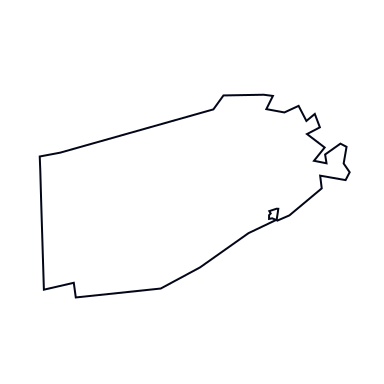 Boyle, Kentucky, United States of America (Robinson projection), rotated 353°
{"feature_id": "52423323B49829499016472", "entity_name": "Boyle", "entity_type": "district", "adm_level": 2, "iso_a3": "USA", "parent_name": "United States of America", "parent_adm1": "Kentucky", "projection": "robinson", "projection_center": [-84.779, 37.625], "detail": "fine", "context": "isolated", "style": "outline", "palette": "ink", "viewbox_px": 384, "rotation_deg": 353, "n_neighbors": 0, "source": "geoboundaries", "source_scale": "gbopen_adm2", "svg_char_len": 698}
<svg xmlns="http://www.w3.org/2000/svg" viewBox="0 0 384 384"><g transform="rotate(353 192 192)"><path d="M40.9,185.5L33.1,270.9L63.6,267.7L63.8,282.5L149.2,284.0L190.8,267.8L243.1,239.7L272.1,230.0L268.4,227.9L265.2,228.1L265.7,224.4L267.5,222.9L266.4,220.4L273.9,218.9L275.6,219.2L274.8,222.3L272.6,230.0L273.2,230.8L285.8,227.1L321.2,204.2L321.2,191.4L345.9,198.9L350.9,191.6L346.0,182.2L350.9,166.0L345.2,162.1L328.7,171.0L329.0,179.9L316.9,175.9L329.1,164.0L313.2,148.5L326.8,143.4L323.4,129.5L314.2,135.4L308.3,119.5L293.4,124.3L275.9,118.8L284.0,106.5L275.0,104.2L235.0,100.0L223.3,112.6L65.9,136.9L45.2,138.2L44.0,152.5L40.9,185.5Z" fill="none" stroke="#020617" stroke-width="2"/></g></svg>